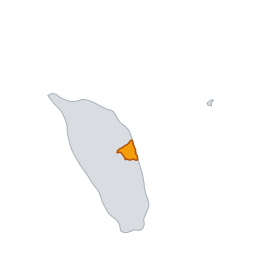 Taiwan, with Changhua highlighted, rotated 134°
{"feature_id": "TWN-1169", "entity_name": "Changhua", "entity_type": "County", "adm_level": 1, "iso_a3": "TWN", "parent_name": "Taiwan", "parent_adm1": "", "projection": "albers", "projection_center": [120.501, 23.99], "detail": "fine", "context": "in_parent", "style": "filled", "palette": "amber", "viewbox_px": 256, "rotation_deg": 134, "n_neighbors": 0, "source": "natural_earth", "source_scale": "10m", "svg_char_len": 1743}
<svg xmlns="http://www.w3.org/2000/svg" viewBox="0 0 256 256"><g transform="rotate(134 128 128)"><path d="M167.6,174.9L164.9,180.5L162.7,186.5L161.9,192.1L161.9,197.8L161.3,203.0L160.3,208.2L155.9,206.7L153.6,203.0L153.1,197.0L149.9,189.7L148.8,187.6L144.3,183.5L140.2,181.5L137.1,178.4L137.5,178.7L135.1,174.6L133.4,170.3L129.8,158.0L128.5,155.0L126.8,152.3L126.4,149.6L127.0,146.7L128.5,142.2L129.5,137.7L128.7,131.6L129.1,125.6L130.2,122.9L150.8,86.1L156.4,78.3L159.8,74.4L162.6,70.1L165.3,64.6L168.6,59.6L171.0,58.0L182.6,53.5L186.2,49.2L189.2,47.8L192.5,47.9L194.6,49.9L196.5,52.3L198.6,53.6L203.8,55.9L206.0,58.2L207.1,62.1L204.0,65.9L202.5,69.3L202.2,73.1L202.8,78.1L202.9,83.2L199.1,95.1L194.9,102.6L193.8,106.3L192.5,115.5L190.1,124.7L188.0,136.4L184.6,148.5L182.7,153.5L180.2,158.3L174.3,167.4L167.6,174.9ZM54.1,83.4L56.0,86.6L55.2,88.5L49.2,87.4L48.9,85.5L51.1,85.9L54.1,83.4Z" fill="#d9dde1" stroke="#a8b0b8" stroke-width="1"/><path d="M134.0,116.7L134.4,115.3L134.6,114.8L135.7,113.7L136.1,113.2L136.5,111.9L137.2,110.6L138.2,108.0L138.6,107.2L139.1,106.7L139.6,106.4L139.9,106.2L140.2,106.0L140.3,105.5L140.5,105.1L141.3,104.4L141.5,103.9L141.6,102.2L141.8,101.7L142.2,101.3L144.1,99.1L145.1,99.4L145.7,100.0L146.2,101.1L146.3,102.3L147.1,103.2L149.1,103.8L149.8,104.4L150.3,105.2L150.6,105.9L150.6,106.5L150.9,107.1L151.6,107.2L152.5,107.8L152.5,108.1L152.5,108.7L151.8,108.9L151.6,109.4L151.7,110.1L151.3,110.8L151.1,111.7L151.0,112.7L150.8,113.8L150.7,116.0L151.0,117.0L151.7,117.6L152.3,117.8L153.2,118.3L153.1,118.9L152.4,119.1L152.0,119.5L151.6,119.8L149.5,119.5L148.5,119.5L146.5,118.5L143.2,118.1L141.3,117.4L140.1,117.1L138.9,117.0L135.2,117.5L134.0,116.7Z" fill="#f59e0b" stroke="#b45309" stroke-width="1.5"/></g></svg>